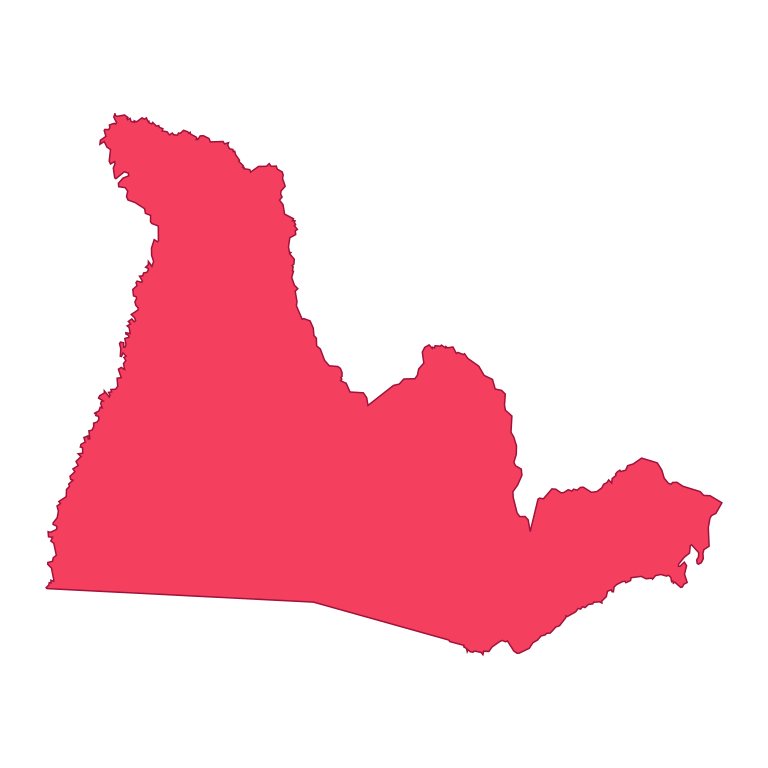 Canarana, Mato Grosso, Brazil (Natural Earth projection)
{"feature_id": "56859067B39965922322561", "entity_name": "Canarana", "entity_type": "district", "adm_level": 2, "iso_a3": "BRA", "parent_name": "Brazil", "parent_adm1": "Mato Grosso", "projection": "natural_earth1", "projection_center": [-52.334, -13.192], "detail": "fine", "context": "isolated", "style": "filled", "palette": "rose", "viewbox_px": 768, "rotation_deg": 0, "n_neighbors": 0, "source": "geoboundaries", "source_scale": "gbopen_adm2", "svg_char_len": 6054}
<svg xmlns="http://www.w3.org/2000/svg" viewBox="0 0 768 768"><path d="M449.8,641.6L464.0,645.4L463.8,646.9L466.5,648.5L467.2,651.6L467.9,649.8L470.4,651.8L473.1,652.2L474.5,651.0L481.2,652.5L482.9,654.7L483.7,651.2L488.9,651.5L492.0,647.0L499.7,641.6L502.1,640.4L505.6,641.8L507.4,640.9L513.8,651.0L517.1,653.3L519.3,653.1L529.3,648.3L532.8,642.8L537.5,640.1L541.0,636.0L545.3,634.9L546.6,633.3L550.2,633.1L556.0,626.9L559.5,625.8L565.9,617.5L565.9,615.9L567.4,616.5L575.7,611.8L578.1,608.5L580.7,609.1L582.4,606.7L585.1,607.6L588.3,604.5L592.7,603.9L593.6,602.3L599.5,601.8L601.9,603.0L601.8,601.0L606.3,596.7L607.5,591.3L611.3,589.8L612.0,591.7L613.4,591.8L614.1,586.9L616.8,584.5L622.5,581.6L625.0,581.3L625.9,582.7L630.6,580.5L631.1,577.7L641.2,576.4L646.1,578.8L651.5,578.2L652.6,579.2L655.5,575.6L660.9,574.5L666.5,576.1L668.6,575.3L670.8,577.4L671.6,581.7L672.8,581.2L673.3,583.2L674.8,582.2L680.7,587.4L682.4,587.0L683.8,584.3L687.2,582.5L684.5,574.2L686.6,565.7L684.3,562.1L680.1,566.2L678.5,566.3L678.5,564.4L684.3,557.2L689.5,553.1L690.3,545.7L691.6,544.8L698.7,552.7L698.5,556.8L696.7,560.0L697.2,563.4L698.4,564.2L701.3,562.7L703.3,558.7L702.9,553.4L703.9,549.6L709.1,546.2L708.3,527.6L710.0,518.1L711.6,515.5L715.9,513.4L721.9,502.8L710.0,495.7L703.6,495.4L700.2,491.6L683.0,486.3L676.9,482.3L672.5,482.5L671.3,484.2L668.5,483.4L664.2,478.2L661.8,470.1L657.3,462.9L641.6,458.1L633.3,463.9L627.6,465.7L625.7,470.2L620.8,471.5L619.9,470.2L617.5,471.7L615.6,473.9L616.0,475.4L612.2,478.5L611.7,483.0L608.7,479.9L606.8,482.7L603.6,484.3L601.9,487.8L596.8,491.6L591.4,492.3L583.3,487.2L580.5,487.4L577.2,490.1L573.6,489.2L571.9,491.1L568.2,489.7L563.7,492.6L561.0,492.8L555.8,489.2L551.9,488.9L543.4,498.8L539.6,498.1L538.0,499.2L530.2,531.5L528.2,519.9L525.1,516.5L519.8,516.6L517.1,513.0L513.2,497.4L512.9,491.7L517.6,485.1L521.9,475.3L521.3,469.1L515.5,465.8L513.9,462.3L516.3,454.2L516.5,445.9L513.7,436.9L511.0,432.3L511.9,416.0L505.4,410.2L504.5,405.0L505.3,394.1L501.6,390.4L495.2,389.0L492.5,379.4L484.1,375.4L478.8,366.2L467.7,358.3L464.5,353.7L463.2,354.5L457.9,352.4L456.3,353.4L453.0,347.0L447.4,347.8L445.9,346.5L445.5,347.8L441.4,345.1L440.2,346.2L435.1,345.7L434.5,347.9L432.8,347.2L432.3,348.4L429.1,344.9L424.7,347.4L422.3,352.1L423.8,363.1L418.7,368.9L417.4,375.2L414.9,378.7L403.8,379.0L399.2,384.1L393.5,385.4L368.0,405.4L366.7,397.7L363.3,392.8L350.0,392.0L346.2,383.3L340.6,380.7L341.8,379.2L340.9,377.6L342.0,376.4L342.1,372.8L340.4,368.4L337.8,366.5L329.3,365.8L324.6,360.4L320.3,349.0L316.6,345.8L316.4,338.2L313.9,335.5L313.3,328.2L310.1,320.9L303.9,318.6L302.2,319.3L296.4,305.8L297.0,301.7L295.2,291.2L297.8,288.7L294.4,285.2L291.7,277.4L293.5,271.2L292.4,270.7L293.2,266.9L292.1,265.6L293.9,264.1L294.3,259.3L289.6,253.6L290.9,252.6L289.4,252.0L288.5,246.9L289.8,237.8L295.7,234.5L295.3,230.8L297.4,229.4L294.4,225.7L295.6,224.7L294.4,222.5L295.0,220.8L292.5,220.7L293.5,218.7L284.6,214.1L283.0,204.6L279.5,200.1L282.1,197.0L280.7,194.3L281.0,191.0L285.2,186.3L282.5,178.3L283.2,175.2L282.2,171.9L277.2,169.1L276.3,166.1L271.1,166.3L269.2,163.6L266.5,166.3L258.6,166.4L250.6,172.1L249.8,169.6L243.9,168.7L244.1,167.4L242.6,167.1L243.2,165.7L238.7,161.2L239.5,160.2L235.6,154.7L234.7,151.2L233.2,151.6L232.9,149.5L229.6,148.8L227.7,145.3L228.5,142.7L224.5,143.9L223.1,141.5L210.3,141.9L209.0,138.5L203.4,135.7L200.2,135.9L197.9,139.5L196.2,139.5L196.9,138.3L196.1,137.0L190.6,134.1L190.2,132.3L188.8,133.3L187.8,131.8L183.6,130.3L180.3,133.3L178.5,133.0L177.5,135.1L173.7,134.8L172.3,133.0L169.5,134.9L167.0,131.7L162.2,131.0L162.9,128.7L159.4,127.4L158.8,125.6L156.4,126.1L152.7,122.4L151.7,123.9L148.6,122.5L149.0,121.2L147.7,121.0L146.4,117.9L144.3,119.2L142.1,117.8L136.6,121.8L134.2,120.8L134.5,122.3L131.1,121.5L130.1,118.3L127.6,119.7L127.0,118.5L127.9,117.4L124.5,115.0L117.4,116.3L115.4,115.7L115.0,113.3L113.8,117.1L116.6,122.8L115.7,124.0L114.3,123.3L109.4,125.0L109.8,128.0L108.5,129.6L104.9,129.4L104.2,130.5L105.9,136.4L100.4,140.2L99.9,144.3L104.2,141.6L107.0,147.2L110.5,149.5L109.2,161.1L110.5,164.0L114.6,161.6L115.0,163.7L113.3,168.1L114.7,177.8L115.9,178.7L124.3,171.8L128.3,173.1L128.7,175.8L123.0,178.1L118.4,183.3L118.7,186.7L125.3,187.7L127.7,191.2L126.5,196.7L128.0,200.0L135.2,202.6L144.6,208.7L145.4,213.3L150.6,215.4L150.5,221.8L151.8,223.5L158.3,226.0L158.4,240.7L157.5,241.8L154.2,239.6L151.5,248.1L151.6,255.3L153.6,261.5L151.9,266.4L148.4,261.5L148.3,264.7L145.6,267.2L148.2,268.4L148.3,270.0L146.8,272.4L143.6,272.9L142.7,275.8L139.5,276.2L142.4,281.1L141.7,282.3L137.1,281.1L136.0,282.7L137.0,285.6L132.8,289.4L133.5,295.9L136.2,296.7L136.6,298.3L134.9,301.9L135.9,305.5L138.3,308.2L137.9,310.0L131.2,314.5L134.6,317.7L135.6,320.6L134.3,321.8L131.8,318.9L128.3,321.5L130.6,324.0L127.1,325.9L129.1,327.5L130.2,333.5L125.8,332.7L125.9,334.0L128.7,335.5L128.9,337.2L124.8,338.5L126.0,344.4L125.1,347.1L123.7,347.2L123.7,342.8L120.5,342.1L119.5,343.6L120.8,348.6L120.3,356.3L121.5,356.5L123.0,352.9L126.1,356.2L123.9,357.4L125.8,360.5L123.5,363.5L124.6,369.5L121.3,367.4L118.4,369.2L121.2,377.6L117.1,378.2L117.7,386.4L115.6,389.2L110.9,389.5L111.6,391.9L108.5,392.4L110.1,395.1L109.3,397.0L104.3,390.8L104.3,393.0L99.7,395.7L98.5,398.1L103.3,401.0L101.3,401.6L100.7,403.7L102.2,407.8L100.2,407.2L98.9,410.9L94.0,413.5L96.2,413.4L95.7,415.5L98.5,416.4L98.9,419.4L97.0,422.1L93.6,423.1L93.7,426.7L91.9,430.2L88.9,430.8L89.8,438.8L88.2,438.9L87.9,435.9L83.9,437.5L85.2,442.1L81.0,444.3L80.3,447.0L82.5,447.6L82.7,453.2L78.1,453.8L81.0,456.6L76.0,461.4L78.2,465.6L72.9,468.9L74.9,471.7L70.0,476.3L70.7,479.5L73.0,480.2L68.7,484.0L69.5,486.4L66.5,489.4L66.2,496.7L58.8,501.5L60.5,503.6L57.0,506.0L58.4,511.1L57.2,517.7L53.1,522.9L53.1,524.5L56.5,526.0L57.0,527.9L56.2,529.6L50.5,532.3L48.1,531.7L48.5,536.8L52.6,537.3L50.8,541.0L53.8,543.3L56.3,555.3L53.2,557.8L52.5,561.3L47.8,562.5L47.8,564.4L51.4,568.0L53.8,579.9L53.6,581.3L50.9,580.2L50.9,583.0L49.2,582.7L48.9,584.9L46.1,587.7L47.0,588.6L313.4,602.1L448.7,640.0L449.8,641.6Z" fill="#f43f5e" stroke="#9f1239" stroke-width="1.5"/></svg>